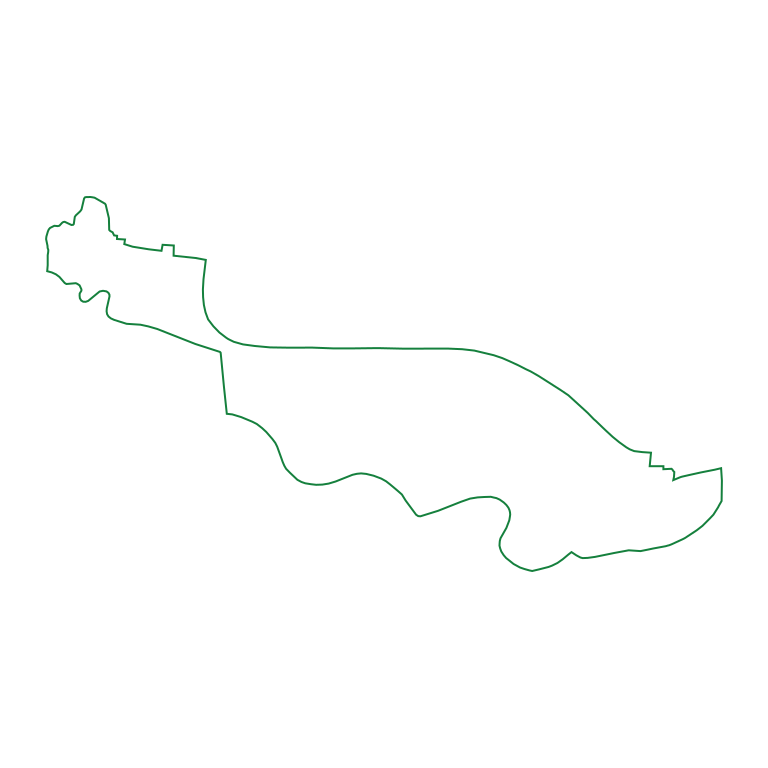 the district of Hong Bang, Hải Phòng, Vietnam
{"feature_id": "81297802B63499365755438", "entity_name": "Hong Bang", "entity_type": "district", "adm_level": 2, "iso_a3": "VNM", "parent_name": "Vietnam", "parent_adm1": "Hải Phòng", "projection": "mercator", "projection_center": [106.64, 20.876], "detail": "fine", "context": "isolated", "style": "outline", "palette": "green", "viewbox_px": 768, "rotation_deg": 0, "n_neighbors": 0, "source": "geoboundaries", "source_scale": "gbopen_adm2", "svg_char_len": 3186}
<svg xmlns="http://www.w3.org/2000/svg" viewBox="0 0 768 768"><path d="M532.2,571.0L539.0,569.4L548.4,567.0L550.3,566.3L552.1,565.6L557.4,563.0L562.8,559.2L568.3,554.6L571.5,552.1L576.3,555.3L580.4,557.5L582.6,558.1L587.6,557.9L595.0,556.9L612.2,553.4L614.1,553.0L628.7,550.3L640.5,551.1L647.5,549.7L653.2,548.5L665.7,546.2L667.7,545.6L669.0,545.3L671.6,544.3L682.5,539.3L683.9,538.6L685.0,538.0L696.7,530.3L702.4,525.9L709.9,518.4L713.4,514.7L718.1,507.3L719.0,505.5L721.6,501.0L721.9,480.6L721.1,468.2L714.8,469.7L701.1,472.4L690.2,474.8L682.3,476.6L681.2,476.9L679.8,477.4L673.3,480.1L674.0,476.8L674.3,472.0L673.4,471.1L672.3,469.5L671.5,468.8L663.4,469.2L663.4,466.2L649.7,466.2L651.0,452.7L642.3,452.1L634.2,451.1L630.9,449.8L629.7,449.3L626.3,447.3L619.2,442.2L612.6,436.8L606.0,430.7L602.1,427.0L596.0,421.1L593.8,419.2L587.8,413.0L568.4,395.3L560.4,389.9L538.6,376.0L530.6,371.4L525.9,369.2L518.3,365.3L509.4,361.2L502.3,358.1L493.7,355.2L474.8,350.7L474.5,350.6L462.1,349.2L448.1,348.6L436.2,348.6L433.5,348.6L432.7,348.6L404.8,348.7L378.0,348.1L352.3,348.4L333.3,348.4L312.0,347.6L290.5,347.7L270.2,347.4L254.9,346.0L243.0,344.4L233.8,341.8L229.5,339.7L227.8,338.8L225.9,337.5L219.4,332.5L213.4,326.3L208.1,319.4L205.5,312.3L203.9,305.0L203.1,297.2L202.9,289.5L203.5,279.2L205.8,259.9L195.6,258.0L173.6,255.7L173.8,245.5L162.6,244.8L161.5,250.8L148.8,249.3L132.6,246.7L124.3,244.1L125.0,239.5L117.0,239.0L117.1,235.8L114.1,235.4L112.6,232.3L110.2,231.0L109.2,229.9L108.9,218.2L105.7,204.7L105.0,203.7L94.6,197.7L92.5,197.3L90.4,197.0L86.0,197.1L84.9,197.4L84.1,198.5L81.5,209.5L80.2,211.3L75.8,215.4L74.8,216.9L73.8,224.0L73.1,224.8L71.5,225.0L64.7,221.8L63.3,222.0L62.0,222.9L59.4,225.7L57.8,226.1L54.3,225.8L50.1,227.9L48.8,229.4L47.9,231.4L46.4,236.5L46.1,239.1L47.5,245.8L47.6,247.9L48.3,249.9L48.2,252.0L47.7,255.2L47.7,265.2L47.2,271.2L51.7,272.4L55.9,274.3L59.4,276.9L64.7,283.0L66.4,284.0L75.8,283.2L77.4,283.9L79.6,285.4L81.4,289.3L81.4,290.7L79.7,293.5L79.6,295.7L79.9,298.3L81.2,300.5L83.2,301.7L85.7,301.8L88.2,300.9L99.6,291.5L103.0,290.8L106.5,291.4L108.4,292.8L109.4,294.6L109.5,296.4L106.8,308.4L106.6,311.3L107.1,314.2L108.5,316.5L110.9,318.4L114.2,319.9L126.6,323.8L140.4,324.7L148.3,326.4L157.3,329.0L168.2,333.3L195.4,344.0L219.9,351.9L220.6,352.6L220.8,354.1L223.9,386.3L226.8,413.8L232.3,414.4L241.2,417.1L252.3,421.7L256.8,424.0L262.1,428.1L266.2,431.9L272.3,438.9L275.3,442.9L277.2,446.7L281.4,458.3L282.7,462.0L284.3,465.7L286.1,468.8L289.9,472.7L297.4,479.8L301.5,482.0L305.3,483.3L310.9,484.2L316.1,484.8L322.3,484.6L328.6,483.6L335.6,481.5L352.5,474.8L356.9,473.8L361.1,473.4L366.2,473.9L373.6,475.7L381.3,478.6L386.1,481.3L390.2,484.5L397.8,490.9L400.2,493.0L401.9,494.5L405.6,500.5L416.1,514.7L418.2,516.1L420.4,516.3L438.1,510.8L461.2,501.7L470.1,498.6L477.6,497.4L484.3,497.0L490.8,496.8L493.6,497.5L496.4,498.1L499.7,499.6L503.8,502.5L506.4,505.0L508.4,507.7L509.5,510.2L510.0,512.3L510.2,514.6L509.8,517.3L509.3,520.3L506.4,527.9L500.5,538.3L499.8,541.0L499.6,543.5L499.5,545.7L500.2,548.5L501.3,551.5L503.7,555.2L506.1,558.0L513.6,564.0L520.0,567.5L524.4,569.0L529.4,570.4L532.2,571.0Z" fill="none" stroke="#15803d" stroke-width="2"/></svg>